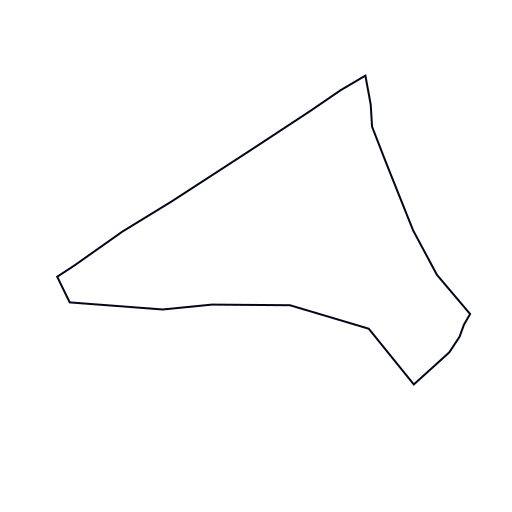 the district of Santiago Tepetlapa, Oaxaca, Mexico, rotated 259°
{"feature_id": "50627088B27053474017051", "entity_name": "Santiago Tepetlapa", "entity_type": "district", "adm_level": 2, "iso_a3": "MEX", "parent_name": "Mexico", "parent_adm1": "Oaxaca", "projection": "robinson", "projection_center": [-97.399, 17.797], "detail": "fine", "context": "isolated", "style": "outline", "palette": "ink", "viewbox_px": 512, "rotation_deg": 259, "n_neighbors": 0, "source": "geoboundaries", "source_scale": "gbopen_adm2", "svg_char_len": 461}
<svg xmlns="http://www.w3.org/2000/svg" viewBox="0 0 512 512"><g transform="rotate(259 256 256)"><path d="M148.9,447.0L158.2,455.1L203.0,430.0L251.2,415.1L322.1,401.6L360.8,394.6L382.8,397.5L412.2,397.8L402.6,370.7L388.2,337.4L361.4,272.1L325.7,183.7L305.5,129.6L281.2,75.6L273.6,56.9L259.0,60.8L246.0,64.3L221.3,154.2L216.7,203.5L201.2,279.9L163.1,352.8L99.8,386.4L124.5,427.3L138.0,440.5L148.9,447.0Z" fill="none" stroke="#020617" stroke-width="2"/></g></svg>